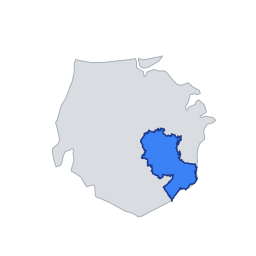 Bombali, Northern, Sierra Leone (highlighted), rotated 153°
{"feature_id": "65957751B29483301504535", "entity_name": "Bombali", "entity_type": "district", "adm_level": 2, "iso_a3": "SLE", "parent_name": "Sierra Leone", "parent_adm1": "Northern", "projection": "orthographic", "projection_center": [-12.185, 9.331], "detail": "fine", "context": "in_parent", "style": "filled", "palette": "blue", "viewbox_px": 256, "rotation_deg": 153, "n_neighbors": 0, "source": "geoboundaries", "source_scale": "gbopen_adm2", "svg_char_len": 6981}
<svg xmlns="http://www.w3.org/2000/svg" viewBox="0 0 256 256"><g transform="rotate(153 128 128)"><path d="M209.6,126.0L209.5,127.7L208.0,135.5L205.6,142.3L204.0,144.0L197.1,145.8L194.1,148.8L191.6,158.4L190.0,165.9L187.6,167.2L177.5,178.1L170.9,182.2L166.3,185.8L161.9,190.4L156.4,194.9L150.4,202.5L146.2,210.4L143.3,212.8L141.1,210.6L131.0,202.9L120.3,197.7L97.6,189.0L90.0,186.5L90.3,183.4L92.9,177.8L88.7,171.2L90.3,166.4L88.7,166.4L85.4,169.3L78.5,168.4L73.9,164.3L70.2,162.8L68.6,160.7L66.2,149.8L64.5,144.8L61.0,141.8L54.0,141.0L51.2,134.4L47.3,129.2L48.0,126.0L51.1,126.2L53.6,128.5L57.5,129.5L62.5,123.9L66.9,120.9L67.9,118.3L67.4,116.8L64.7,119.1L57.4,118.5L55.6,120.5L52.3,121.1L49.8,114.6L49.9,110.7L51.0,106.5L58.3,105.8L59.0,104.4L53.9,103.5L47.5,98.6L46.4,95.2L49.5,94.0L52.6,94.6L55.2,95.3L58.0,94.1L60.7,92.2L62.3,89.9L64.5,83.5L71.4,81.4L75.5,77.4L79.4,71.4L81.1,67.1L82.7,65.0L83.7,63.1L84.5,61.1L86.2,59.3L88.0,54.8L89.3,50.6L93.3,48.7L101.4,46.9L108.7,49.9L120.6,47.3L121.2,43.5L132.1,43.4L145.0,43.3L155.7,43.2L159.3,44.2L160.7,47.1L164.2,51.6L167.9,54.7L172.5,61.5L177.9,69.5L183.7,76.7L187.4,80.6L187.8,81.9L187.5,83.5L185.7,87.1L184.2,91.1L184.3,92.6L185.4,93.3L191.5,94.5L192.0,98.9L192.1,105.1L195.0,110.7L197.8,114.9L197.7,116.4L190.9,123.6L188.3,130.7L186.9,132.7L186.4,134.3L187.8,135.0L189.6,134.6L192.3,135.1L194.8,135.3L198.1,132.8L203.6,126.2L205.5,125.4L209.6,126.0ZM87.8,183.8L87.0,185.2L83.4,181.7L64.7,176.4L70.0,173.6L83.0,172.8L86.9,174.4L88.6,175.8L89.2,178.4L87.8,183.8Z" fill="#d9dde1" stroke="#a8b0b8" stroke-width="1"/><path d="M99.1,112.8L99.4,112.6L99.6,112.3L99.7,111.4L99.9,111.1L100.3,111.2L100.5,111.8L100.8,112.0L101.3,111.6L101.6,111.6L101.9,111.7L102.0,111.9L101.7,112.2L101.7,113.2L101.3,113.3L101.2,113.5L101.3,113.8L101.8,113.7L102.1,113.5L102.2,113.0L102.2,112.3L102.4,111.9L103.1,113.0L103.4,113.3L104.2,113.6L104.5,113.6L104.5,113.1L104.8,112.9L105.1,112.9L105.3,113.2L105.6,113.2L106.6,112.1L107.0,112.4L107.7,113.5L108.1,113.9L109.1,114.2L109.6,114.9L110.2,116.4L110.6,116.4L110.8,115.9L111.4,115.8L112.0,115.4L112.5,115.5L112.6,115.3L112.3,114.9L112.5,114.2L113.0,114.2L113.2,114.3L113.0,114.7L113.2,115.2L113.6,114.9L114.0,114.9L114.3,115.0L114.2,115.5L114.4,115.6L114.6,115.6L114.9,115.0L115.1,115.1L115.1,115.4L115.4,115.4L115.8,115.6L116.2,115.5L116.5,115.0L116.5,114.6L116.6,114.1L119.0,112.9L119.4,112.6L120.9,111.7L121.1,111.8L121.3,111.4L121.7,111.5L122.1,110.9L122.5,110.6L122.5,110.0L122.8,110.1L122.9,109.9L123.0,109.6L122.7,109.1L122.8,108.7L122.6,107.4L122.8,107.1L122.7,106.6L122.9,105.9L122.7,105.7L123.2,105.2L123.4,104.7L123.7,104.6L123.7,104.4L123.6,103.6L123.3,103.2L123.3,102.4L123.5,101.0L123.2,100.9L123.4,100.6L123.0,100.4L122.9,100.1L122.5,99.5L123.0,99.4L123.4,99.4L123.8,98.9L123.4,98.6L123.8,98.3L124.5,97.9L125.0,98.1L125.7,97.4L125.5,97.0L125.5,96.8L125.9,96.8L126.1,97.0L126.2,96.9L126.0,96.5L126.1,96.4L126.6,97.1L127.3,97.3L127.4,96.9L127.9,96.7L128.1,96.3L128.3,96.2L128.4,95.8L128.7,95.6L129.0,95.7L129.0,95.0L129.3,94.9L129.2,94.6L128.0,94.0L127.4,93.9L126.6,93.4L126.4,93.0L126.4,92.5L126.2,92.1L125.4,92.0L125.0,91.3L125.2,89.8L125.4,89.4L125.9,89.1L126.3,88.6L126.1,87.8L126.6,87.0L127.0,86.8L127.4,86.4L127.5,85.3L127.2,85.3L127.0,85.2L126.1,85.2L125.9,85.4L125.5,85.4L125.3,85.1L125.1,84.7L125.1,84.1L124.5,84.2L124.3,83.7L123.7,83.6L123.7,83.3L124.3,83.2L124.5,83.4L125.3,83.4L124.6,81.0L124.9,80.6L126.8,78.9L126.7,78.5L126.3,78.2L125.9,78.2L126.6,76.1L125.0,74.3L124.9,73.9L125.0,73.5L124.3,73.2L123.9,72.6L123.6,72.6L123.3,72.4L122.9,71.2L123.2,70.7L123.1,70.4L123.3,70.3L123.6,70.3L123.6,70.1L123.1,69.5L122.8,69.4L122.6,69.9L122.4,69.8L122.6,68.4L122.1,68.3L121.1,68.4L120.8,68.4L120.0,68.5L119.5,68.8L119.1,68.7L118.8,69.3L118.5,69.4L118.4,69.8L118.6,69.8L118.5,70.1L118.3,70.2L118.1,70.8L116.5,69.6L115.4,68.3L115.1,68.2L114.8,67.8L114.6,67.7L114.4,67.9L113.7,68.1L113.4,67.9L113.3,68.0L113.0,67.2L113.1,66.8L112.6,66.2L112.6,66.4L112.4,66.4L111.8,66.1L111.5,66.2L111.5,66.4L111.0,66.2L110.6,65.9L110.5,66.1L110.2,65.9L109.8,66.1L109.6,66.0L109.4,66.0L109.3,65.7L109.1,65.6L110.2,64.9L110.4,64.6L110.3,64.2L110.6,63.6L111.6,62.6L113.5,61.9L114.1,61.5L114.5,61.8L114.7,61.7L115.0,61.4L114.8,61.2L115.3,61.4L116.1,61.3L116.2,61.1L116.1,60.7L116.4,60.7L116.8,60.5L117.5,60.5L117.6,60.2L119.2,59.8L120.5,59.7L121.1,59.3L121.2,59.5L121.4,59.5L121.5,59.6L122.8,59.5L122.8,59.1L123.3,58.8L123.0,57.4L123.1,55.7L122.8,55.3L123.0,55.1L122.7,54.4L122.6,53.6L122.6,53.2L122.5,52.9L122.5,52.6L122.3,52.2L122.4,50.6L122.6,49.5L122.4,49.3L122.0,49.4L121.7,49.2L121.5,48.8L121.5,48.4L121.9,48.3L122.0,48.0L122.2,47.7L121.8,47.3L122.0,46.9L121.3,46.1L121.3,45.3L121.5,45.1L122.0,43.5L121.9,43.2L120.9,44.6L120.1,44.8L118.7,45.4L117.6,46.4L116.7,46.6L116.4,46.8L115.7,46.9L113.8,48.1L112.8,48.5L112.4,48.5L111.9,49.0L110.8,49.3L109.6,50.3L109.4,49.9L109.0,50.2L109.1,49.9L108.8,50.0L108.5,49.8L108.6,50.2L108.3,50.0L108.1,49.6L107.8,49.7L107.6,49.4L107.5,49.5L107.3,49.5L107.2,49.3L107.1,49.2L106.9,49.3L106.2,49.0L105.7,48.5L105.4,48.5L104.7,48.1L104.6,46.9L101.2,47.9L100.1,48.6L99.3,49.3L98.0,49.7L97.6,49.7L96.7,48.9L95.1,48.7L93.6,48.8L90.6,50.7L90.4,51.1L89.7,51.5L89.4,52.1L89.6,52.3L89.9,52.2L90.0,52.4L90.0,53.4L89.6,53.3L89.4,53.8L89.5,54.2L89.0,55.0L88.9,55.8L88.4,56.6L88.9,56.5L89.1,57.0L88.8,57.2L88.1,57.1L87.9,57.5L88.4,58.7L88.4,59.1L88.2,59.2L87.8,58.9L87.9,58.4L87.7,58.2L87.5,58.3L87.5,58.7L86.7,59.1L86.0,59.3L85.9,59.5L85.8,60.4L85.5,61.2L85.4,61.9L84.9,61.4L84.7,61.5L84.6,61.8L85.0,63.1L84.6,64.5L84.6,65.1L85.0,65.4L85.0,65.7L86.1,66.1L86.7,66.1L87.3,67.0L88.5,67.6L89.2,68.1L91.1,69.8L93.5,70.9L93.8,71.3L93.9,72.8L94.8,73.8L94.8,74.3L94.5,75.0L94.7,75.3L95.2,75.2L95.8,75.4L96.1,75.6L96.4,76.1L96.0,77.4L96.6,78.5L96.3,78.7L95.9,78.7L95.7,78.2L95.4,78.0L95.0,78.3L94.6,79.4L94.0,79.8L94.2,80.7L95.2,81.4L95.4,81.8L95.3,82.2L94.6,82.3L94.2,82.1L93.9,81.5L93.5,81.3L93.4,80.7L93.2,80.7L93.0,81.1L93.1,82.3L92.6,82.9L92.7,83.7L93.5,83.2L94.0,83.4L94.7,84.2L94.7,84.6L94.8,85.3L94.2,86.0L93.9,87.2L93.9,87.6L94.3,88.0L93.4,88.7L92.6,89.5L92.4,90.1L92.0,90.4L91.9,90.8L92.1,91.2L92.0,91.6L91.7,91.8L91.6,92.1L91.2,92.2L91.1,92.4L90.9,92.4L90.7,91.9L91.2,91.5L91.3,91.3L90.6,90.5L89.2,91.8L89.4,92.0L90.0,92.7L89.7,93.2L89.9,93.5L89.3,93.6L89.2,93.9L88.8,93.3L88.3,93.0L88.2,93.1L88.0,93.6L87.2,94.2L86.9,94.1L86.7,93.8L87.3,93.3L87.0,93.0L86.6,93.0L86.5,93.3L85.9,93.7L85.9,93.9L86.1,93.9L85.9,94.7L85.4,94.9L85.3,95.3L84.8,95.9L84.7,96.4L84.4,96.7L84.9,96.9L86.9,96.6L86.8,97.6L86.9,98.0L87.2,98.0L87.8,97.1L88.5,96.6L89.0,97.5L89.4,99.0L89.5,100.5L89.9,101.0L90.9,101.5L91.0,102.0L91.5,102.5L91.8,102.5L91.9,102.8L92.2,102.7L92.9,101.4L93.2,101.8L94.0,101.6L94.4,102.0L94.8,102.0L95.1,102.6L95.1,103.1L95.4,103.3L96.3,103.0L97.2,103.2L97.8,104.1L97.9,105.3L98.4,105.9L99.1,107.0L99.2,107.6L98.7,108.9L98.1,109.3L97.8,109.3L97.0,109.0L96.4,109.5L96.3,110.3L96.5,110.9L97.6,111.8L98.2,112.5L99.1,112.8Z" fill="#3b82f6" stroke="#1e3a8a" stroke-width="1.5"/></g></svg>